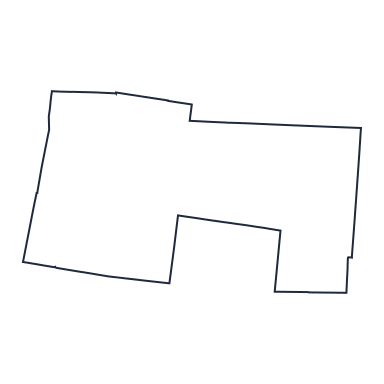 Stefan Voda, Calarasi, Romania
{"feature_id": "2599482B59698871742145", "entity_name": "Stefan Voda", "entity_type": "district", "adm_level": 2, "iso_a3": "ROU", "parent_name": "Romania", "parent_adm1": "Calarasi", "projection": "albers", "projection_center": [27.367, 44.346], "detail": "fine", "context": "isolated", "style": "outline", "palette": "slate", "viewbox_px": 384, "rotation_deg": 0, "n_neighbors": 0, "source": "geoboundaries", "source_scale": "gbopen_adm2", "svg_char_len": 3163}
<svg xmlns="http://www.w3.org/2000/svg" viewBox="0 0 384 384"><path d="M169.4,283.3L174.0,248.4L176.0,231.9L178.0,215.4L181.2,215.9L192.9,217.6L193.0,217.6L198.4,218.4L203.0,219.1L204.3,219.3L206.8,219.7L207.2,219.7L207.4,219.8L207.7,219.8L207.9,219.9L208.2,219.9L208.4,219.9L208.7,220.0L208.9,220.0L209.2,220.0L209.4,220.1L209.7,220.1L209.9,220.1L210.2,220.2L210.4,220.2L210.7,220.2L210.9,220.3L211.2,220.3L211.4,220.4L211.7,220.4L211.9,220.4L212.2,220.5L212.4,220.5L212.7,220.5L212.9,220.6L213.1,220.6L213.4,220.6L213.6,220.7L213.9,220.7L214.1,220.7L214.3,220.8L214.6,220.8L214.8,220.8L215.1,220.9L215.3,220.9L215.5,220.9L215.8,221.0L216.0,221.0L216.3,221.0L216.5,221.1L217.0,221.1L217.4,221.2L217.7,221.2L217.9,221.3L218.1,221.3L218.4,221.3L219.1,221.4L219.5,221.5L219.8,221.5L220.0,221.6L220.7,221.7L222.4,221.9L222.7,222.0L223.6,222.1L225.9,222.4L228.9,222.8L231.2,223.1L233.6,223.5L238.0,224.1L241.8,224.6L243.3,224.8L246.1,225.2L246.3,225.2L248.0,225.5L253.3,226.3L257.1,226.9L258.5,227.1L259.9,227.3L262.8,227.7L263.7,227.8L267.1,228.4L269.3,228.8L272.6,229.3L274.8,229.7L276.0,229.9L277.3,230.1L280.5,230.6L274.7,291.7L308.3,292.1L308.8,292.4L346.4,292.8L346.6,288.6L346.9,281.9L347.1,277.9L347.3,274.1L347.4,271.3L347.5,270.4L347.6,267.1L347.6,265.6L347.6,264.8L347.8,260.1L347.9,257.9L348.0,257.6L348.1,257.4L348.3,257.3L348.5,257.3L350.2,257.4L351.0,257.5L351.5,257.5L351.9,257.6L351.9,256.4L354.7,218.8L354.8,217.3L354.8,217.1L356.4,195.0L356.6,191.9L356.7,190.4L356.8,189.6L356.8,189.3L357.4,180.9L357.4,180.3L357.9,174.3L357.9,173.4L358.0,172.1L358.2,169.6L358.2,168.6L358.4,167.0L358.4,166.5L358.7,162.3L359.0,158.1L359.0,157.8L359.5,150.6L359.6,149.3L359.6,149.0L359.6,148.4L360.1,141.2L360.6,132.9L361.0,128.0L356.0,127.8L327.1,126.7L297.7,125.5L296.2,125.4L294.6,125.4L292.8,125.3L271.6,124.4L246.9,123.3L244.2,123.2L242.4,123.2L241.4,123.1L238.6,123.0L232.1,122.8L228.0,122.7L227.1,122.7L226.7,122.6L224.7,122.5L209.4,121.8L189.7,120.8L191.8,104.5L191.4,104.4L175.8,102.1L167.8,100.8L167.8,100.4L167.0,100.3L151.7,98.0L116.0,92.5L116.0,93.5L115.9,93.4L110.0,93.1L109.3,93.0L108.0,93.0L103.6,92.8L98.8,92.6L97.9,92.5L84.8,92.1L83.9,92.1L82.7,92.1L79.6,92.0L78.6,92.0L73.2,91.8L72.5,91.9L60.1,91.6L51.9,91.2L51.9,91.3L51.8,92.4L51.3,95.3L50.5,102.1L50.5,102.5L50.4,103.6L50.1,106.5L49.8,109.4L49.1,114.1L48.8,116.5L48.8,116.8L49.1,129.2L49.1,129.4L49.1,129.7L49.1,130.0L48.9,130.9L47.8,136.2L41.7,167.0L38.5,185.5L37.4,192.0L37.3,193.0L36.6,193.0L34.4,203.5L31.9,216.2L31.8,216.7L23.0,262.0L23.3,262.0L25.4,262.4L26.9,262.6L27.7,262.7L29.2,263.0L30.6,263.2L31.5,263.4L32.9,263.6L33.4,263.7L33.9,263.8L34.8,263.9L35.2,264.0L36.1,264.1L36.6,264.2L37.0,264.3L37.5,264.4L38.4,264.5L38.5,264.6L38.9,264.6L39.3,264.7L39.6,264.7L43.8,265.5L44.5,265.6L45.2,265.7L45.9,265.8L46.6,265.9L47.0,266.0L47.4,266.1L47.8,266.1L48.5,266.2L52.1,266.9L52.6,266.9L53.7,267.1L53.9,267.2L54.2,267.2L54.4,267.1L55.0,266.9L55.0,267.1L55.4,267.3L55.9,267.6L56.5,267.8L57.3,268.0L59.7,268.4L64.5,269.2L66.2,269.5L80.9,271.9L84.5,272.4L86.0,272.7L88.7,273.1L108.4,276.4L109.3,276.5L146.5,280.8L169.1,283.3L169.4,283.3Z" fill="none" stroke="#1e293b" stroke-width="2"/></svg>